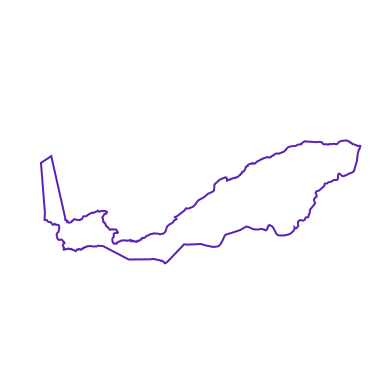 Akrahreppur, Norðurland vestra, Iceland, rotated 103°
{"feature_id": "244011B74034306834774", "entity_name": "Akrahreppur", "entity_type": "district", "adm_level": 2, "iso_a3": "ISL", "parent_name": "Iceland", "parent_adm1": "Norðurland vestra", "projection": "orthographic", "projection_center": [-18.727, 65.238], "detail": "fine", "context": "isolated", "style": "outline", "palette": "violet", "viewbox_px": 384, "rotation_deg": 103, "n_neighbors": 0, "source": "geoboundaries", "source_scale": "gbopen_adm2", "svg_char_len": 6044}
<svg xmlns="http://www.w3.org/2000/svg" viewBox="0 0 384 384"><g transform="rotate(103 192 192)"><path d="M188.7,337.2L197.6,345.7L245.5,330.6L252.4,329.4L251.9,327.3L253.2,325.9L253.4,325.2L253.3,323.8L253.1,323.4L253.3,322.7L255.1,320.5L255.3,320.0L254.8,319.4L254.0,318.9L254.3,318.3L254.1,317.7L254.6,316.9L254.2,315.9L254.2,314.8L254.8,313.9L256.6,313.3L260.9,313.1L262.0,313.9L263.3,314.3L264.3,314.2L267.4,312.8L268.3,311.9L268.7,310.8L268.0,309.4L267.8,308.7L267.9,307.8L269.0,306.4L269.7,306.0L269.5,305.5L270.0,305.0L270.5,304.8L270.8,305.4L271.6,305.4L272.2,305.8L273.3,305.8L274.6,304.9L274.8,304.3L277.1,304.1L277.1,303.6L276.2,302.5L275.8,301.7L275.8,301.2L274.9,300.0L274.9,299.4L275.2,299.1L275.1,298.7L275.2,298.0L274.7,297.1L274.5,296.6L274.9,296.2L275.2,295.8L275.1,294.2L275.7,292.9L275.8,292.2L275.6,291.8L273.7,291.0L273.6,290.5L273.7,290.3L273.7,289.8L273.0,289.3L272.8,288.8L273.4,287.6L273.2,287.2L272.3,286.7L272.3,286.2L272.0,285.7L271.3,285.7L270.9,285.3L270.5,284.4L269.9,284.2L269.6,282.8L268.4,282.0L267.9,279.8L267.7,279.6L267.6,278.8L267.4,278.3L267.3,276.0L267.2,274.9L266.6,273.8L266.5,272.8L266.3,272.3L265.5,271.7L264.7,266.3L264.9,265.7L272.0,238.5L267.1,218.1L265.9,214.7L265.8,207.7L266.2,206.8L266.2,206.5L265.6,205.9L266.5,203.8L267.0,203.0L267.4,202.8L267.6,202.4L267.0,201.4L264.1,199.4L244.7,187.9L244.4,185.0L240.6,171.4L240.8,170.0L241.0,166.3L240.8,159.7L240.6,158.3L239.2,154.6L238.4,153.6L236.6,152.6L233.3,151.5L227.3,150.3L226.0,149.6L222.4,143.3L218.3,136.6L213.4,131.3L213.5,129.0L213.6,127.8L214.2,125.5L214.4,123.6L214.3,122.1L213.9,119.8L213.4,118.5L212.8,117.3L212.3,116.0L212.3,114.7L212.5,113.9L212.3,113.3L212.6,112.6L212.8,111.5L211.0,110.2L209.3,110.4L207.8,109.8L207.4,109.9L206.6,108.8L206.9,108.4L207.1,107.6L207.4,106.8L207.5,106.1L208.4,104.9L213.6,100.5L214.2,99.8L214.7,98.7L214.7,97.6L214.1,94.3L213.2,91.5L211.8,88.7L210.1,86.4L206.7,84.1L204.8,83.9L204.5,83.6L203.6,84.0L203.9,83.5L203.8,83.2L204.0,82.5L203.8,82.1L201.1,80.8L198.4,81.9L196.5,81.8L195.0,80.3L194.9,79.0L195.0,77.4L194.9,77.2L193.7,75.9L191.3,75.5L191.0,75.1L190.5,73.3L189.9,72.9L188.3,73.1L185.9,72.6L182.7,73.0L175.7,69.6L174.7,69.8L172.3,71.5L170.1,71.0L168.9,69.8L168.4,69.5L167.1,69.9L165.1,71.4L163.6,71.0L162.9,70.3L162.4,69.1L161.8,68.4L156.5,64.5L155.9,64.4L154.4,64.7L153.8,64.3L153.6,63.9L153.4,62.6L153.2,62.2L151.9,61.3L150.6,58.6L148.4,56.6L147.8,53.9L147.1,53.0L146.1,52.8L142.7,53.5L141.2,53.2L141.0,52.8L141.1,52.1L142.5,49.4L142.7,48.6L142.5,48.0L140.7,45.2L139.2,43.8L137.0,40.4L135.3,38.9L124.7,38.3L117.1,39.1L113.2,38.9L111.9,38.4L109.3,38.3L109.2,39.2L109.9,40.4L109.8,41.3L109.4,42.1L109.5,43.4L109.1,44.2L109.2,45.9L109.1,46.6L108.3,47.6L108.3,49.0L107.6,49.7L107.4,51.1L106.9,52.8L108.7,58.0L109.4,59.1L110.3,60.1L112.7,61.4L113.1,63.4L113.1,64.7L114.2,67.7L114.2,68.7L115.3,70.1L115.3,70.5L115.1,71.4L115.4,72.7L115.8,73.7L115.9,74.4L115.6,75.1L114.3,76.5L114.6,77.3L114.3,78.5L114.6,79.6L115.4,81.5L117.3,93.6L119.0,95.4L121.1,96.5L121.0,97.3L121.7,98.2L122.0,99.5L123.8,101.4L125.3,106.1L126.9,108.6L131.3,111.0L132.3,111.9L134.3,114.9L135.1,115.8L135.2,116.0L135.1,117.2L135.5,118.3L136.2,119.6L137.4,120.4L139.7,123.0L140.5,123.2L141.2,125.2L140.9,125.9L140.9,126.4L141.3,127.2L142.2,128.1L142.9,129.8L143.9,130.7L145.1,132.7L146.1,133.2L146.6,134.4L148.4,136.0L150.2,137.1L150.2,138.0L150.0,139.1L150.3,139.4L150.9,139.4L151.1,141.4L151.6,141.7L152.4,142.9L153.2,143.6L154.2,143.6L154.8,144.8L155.5,144.8L155.9,145.3L157.6,145.2L159.4,146.0L160.0,146.0L161.3,147.7L162.8,147.7L163.3,148.7L164.8,148.9L165.4,149.8L167.3,151.0L168.0,152.7L168.7,153.0L168.7,153.9L169.7,155.7L170.2,156.2L170.6,157.3L171.6,157.9L171.9,159.1L173.1,160.4L172.4,160.8L171.7,160.6L170.6,161.4L170.5,161.9L170.0,162.5L171.5,164.5L171.6,165.1L172.8,166.1L173.6,167.6L179.6,171.8L185.4,170.9L186.5,171.5L187.6,172.6L190.1,176.0L193.5,178.4L195.5,180.2L197.3,182.5L198.7,183.9L200.6,185.0L203.1,185.8L205.7,187.3L206.6,188.3L208.6,191.3L209.2,193.0L209.3,194.3L211.6,195.1L218.8,201.0L220.3,203.0L221.8,201.0L222.7,201.7L223.8,203.1L225.1,203.3L227.3,204.9L228.5,206.6L229.6,207.3L230.8,208.3L232.1,208.7L235.7,208.8L238.2,209.8L239.5,211.4L239.7,212.5L240.2,213.1L240.4,213.6L240.3,215.0L240.4,217.0L240.7,218.3L240.8,219.4L241.1,220.4L241.8,221.2L242.1,222.3L242.8,223.6L243.7,224.3L245.3,226.7L246.5,227.2L247.6,228.4L247.7,229.7L248.0,230.2L248.4,230.5L249.6,230.5L250.0,231.7L251.7,232.7L251.8,234.3L253.2,234.9L253.3,235.2L252.9,236.0L253.0,236.9L252.8,237.7L253.4,238.5L252.8,239.0L252.8,239.4L253.7,240.5L253.5,240.9L252.8,240.9L252.5,241.2L253.2,241.9L253.5,242.7L253.5,243.4L254.3,244.7L254.1,245.7L254.1,246.0L254.4,247.3L254.7,247.7L254.7,249.0L255.5,249.8L255.6,250.8L256.5,251.4L257.7,253.4L259.4,253.8L259.3,254.8L259.9,256.1L259.9,256.4L259.3,257.0L259.3,257.5L258.6,258.1L256.0,259.0L255.0,259.1L253.0,258.1L251.4,258.7L250.3,258.8L250.0,258.7L249.3,257.7L248.7,256.5L248.7,256.1L248.8,255.9L248.8,255.5L248.2,255.1L247.6,255.7L247.2,255.8L247.0,256.3L246.4,256.7L246.1,257.2L245.7,257.5L245.9,259.1L246.3,260.3L246.2,261.0L246.4,262.0L247.3,263.4L247.0,263.6L246.2,265.1L245.8,265.3L245.2,266.6L244.8,266.9L244.8,267.5L244.3,268.2L243.7,268.6L242.8,268.9L242.2,269.8L241.3,270.3L241.2,270.5L241.5,271.3L241.4,271.5L240.2,272.2L238.9,272.4L237.6,273.2L237.4,273.6L236.5,273.3L236.0,273.4L234.4,272.7L233.5,272.6L232.8,271.7L232.7,271.0L230.8,270.2L230.4,270.5L230.4,271.7L230.0,272.0L230.4,274.1L230.6,274.2L230.5,275.0L231.0,276.2L232.1,277.8L231.9,278.7L231.5,279.1L231.4,279.7L232.1,280.1L232.8,281.2L233.2,281.4L233.8,282.7L234.6,283.3L234.7,284.9L235.0,285.4L235.6,285.8L236.5,287.2L237.3,287.7L237.7,288.5L238.9,289.1L239.5,290.1L239.8,291.2L239.9,291.8L240.2,292.4L243.3,293.3L243.6,294.2L244.8,295.1L244.8,296.5L245.1,298.2L244.9,299.6L245.0,300.7L245.3,301.1L246.4,301.3L247.1,302.3L248.1,302.5L248.6,302.9L249.2,304.4L249.7,304.9L249.3,305.9L249.4,307.0L248.0,307.0L247.7,308.1L247.9,309.0L245.2,310.0L188.7,337.2Z" fill="none" stroke="#5b21b6" stroke-width="2"/></g></svg>